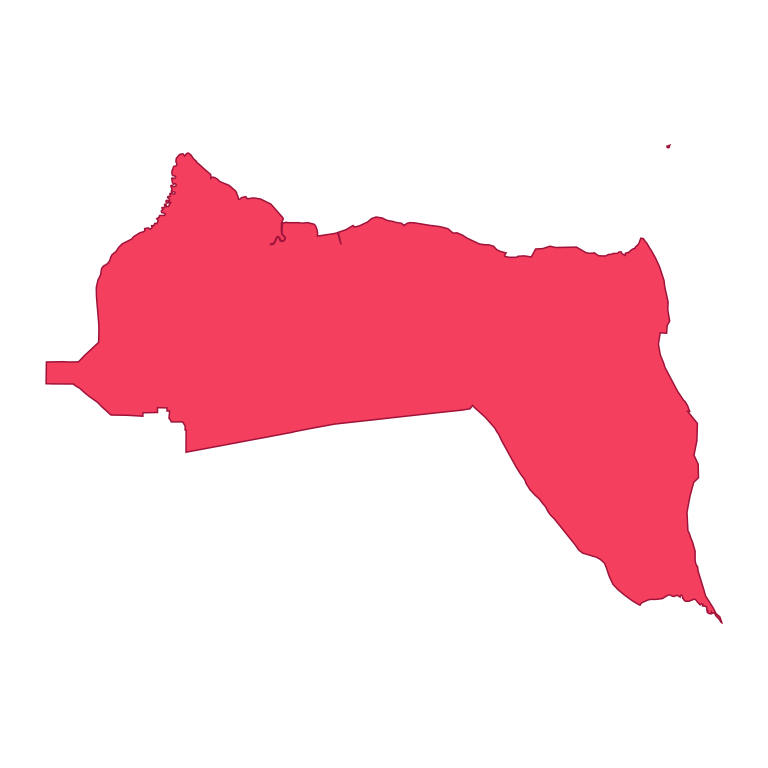 Tanjung Jabung Timur, Jambi, Indonesia
{"feature_id": "22746128B13468366985120", "entity_name": "Tanjung Jabung Timur", "entity_type": "district", "adm_level": 2, "iso_a3": "IDN", "parent_name": "Indonesia", "parent_adm1": "Jambi", "projection": "orthographic", "projection_center": [103.834, -1.266], "detail": "fine", "context": "isolated", "style": "filled", "palette": "rose", "viewbox_px": 768, "rotation_deg": 0, "n_neighbors": 0, "source": "geoboundaries", "source_scale": "gbopen_adm2", "svg_char_len": 6097}
<svg xmlns="http://www.w3.org/2000/svg" viewBox="0 0 768 768"><path d="M721.9,622.8L719.8,616.8L716.1,613.7L713.1,607.8L705.5,595.8L703.6,589.0L698.2,571.4L697.5,566.5L697.1,566.5L695.8,563.8L695.1,560.4L695.1,551.2L692.8,542.9L690.7,537.6L689.4,533.6L687.9,530.5L687.0,512.3L689.9,496.6L693.7,482.4L698.5,477.7L698.2,464.3L694.0,455.2L696.9,440.7L697.4,423.4L687.6,411.3L689.7,411.4L687.6,405.8L685.3,401.8L683.6,400.3L677.5,391.1L665.0,367.5L663.7,363.2L660.3,354.9L658.4,344.1L660.2,332.8L666.6,333.2L667.2,325.5L669.7,321.1L667.8,310.0L668.1,302.0L664.8,287.1L664.0,280.4L659.5,266.7L655.3,257.6L651.1,250.1L649.6,248.0L647.0,243.4L644.6,240.6L643.5,238.7L640.8,238.2L638.8,243.7L636.2,246.4L635.2,247.2L634.9,248.5L633.4,248.7L631.4,249.9L628.0,252.9L627.2,252.6L625.3,253.3L625.3,255.5L625.6,255.9L622.1,253.7L621.0,251.8L619.0,252.0L617.2,253.4L613.3,253.4L611.3,254.3L608.4,254.5L605.4,256.0L598.6,255.8L594.3,252.8L594.2,253.0L589.2,253.3L585.9,252.6L576.5,247.1L555.5,247.5L550.1,246.2L542.8,248.6L535.6,249.0L531.2,257.1L529.2,256.6L525.9,256.1L523.5,255.9L517.9,256.3L516.6,257.3L508.7,257.3L504.8,256.2L504.7,255.5L504.5,255.2L506.1,253.0L500.4,251.4L496.9,249.8L493.5,246.2L488.3,244.7L486.6,244.8L482.2,244.5L482.2,244.3L479.8,244.1L465.9,237.6L466.0,237.4L462.2,235.0L456.9,232.8L453.1,233.1L447.9,228.7L442.3,227.2L438.3,226.4L429.4,225.3L414.4,222.8L409.8,222.6L406.7,223.5L405.5,224.5L404.4,224.9L404.1,225.5L401.6,223.3L395.1,222.2L392.5,221.3L389.3,220.9L386.3,220.1L382.3,218.0L376.0,217.0L371.5,218.6L367.6,222.0L359.7,225.7L354.9,227.1L353.0,225.5L346.0,229.7L338.3,232.3L341.1,244.5L337.6,232.7L334.0,233.6L317.4,236.1L317.6,232.7L316.7,228.7L315.6,225.9L314.3,224.4L313.6,224.1L307.6,222.6L304.0,223.0L301.4,223.1L298.9,222.7L287.3,222.7L286.9,222.7L286.6,222.3L285.7,222.3L284.9,222.8L283.8,222.8L283.3,223.0L282.9,222.8L282.5,223.1L282.0,229.0L282.0,233.5L282.1,234.2L284.9,236.9L285.4,237.8L285.1,239.3L284.1,240.7L282.1,241.6L280.1,240.7L278.7,237.3L277.7,237.1L276.7,238.0L275.2,242.0L273.6,244.1L270.6,244.5L271.0,243.7L273.1,243.6L274.9,241.7L275.7,239.2L276.8,237.2L277.5,236.4L278.6,236.8L280.0,238.1L280.3,239.8L281.6,240.9L282.9,240.8L284.4,239.9L284.8,238.4L284.8,237.2L281.7,234.3L281.4,231.5L281.3,228.6L281.6,225.1L281.3,223.8L283.3,218.7L282.5,217.3L270.9,204.1L260.5,199.0L253.7,197.9L247.3,198.8L245.8,196.6L241.6,197.6L239.5,199.3L238.5,199.1L237.8,195.9L236.7,194.1L236.7,192.9L235.6,191.0L229.2,185.4L220.1,181.7L217.9,179.7L217.7,179.3L214.9,177.6L212.6,177.1L210.8,178.3L210.9,176.1L210.6,174.4L204.6,169.3L198.5,163.7L197.4,163.1L196.1,161.0L193.6,158.9L190.9,154.9L188.2,153.0L186.5,153.7L184.8,156.0L182.9,153.8L179.7,154.4L176.3,158.3L175.9,161.7L176.9,164.1L177.0,165.0L176.6,165.6L173.9,166.4L173.4,167.0L172.9,168.8L172.1,170.5L171.8,172.9L172.4,175.1L172.9,175.6L174.6,176.0L175.3,176.3L175.7,176.9L175.6,177.4L175.0,178.0L174.1,178.5L172.7,178.0L172.0,178.0L171.7,178.3L172.3,182.1L173.4,184.3L174.9,183.6L175.3,183.7L175.7,184.0L176.1,184.9L176.1,185.6L175.6,186.2L174.7,186.5L173.3,186.5L172.1,185.4L171.1,185.4L170.8,186.0L171.9,189.0L171.4,191.1L171.4,191.7L172.0,192.2L173.2,191.7L174.2,191.9L174.8,192.2L175.0,192.8L175.0,193.4L174.5,193.9L173.9,194.2L173.2,194.1L172.1,193.4L171.3,193.3L170.5,193.3L169.9,193.6L169.8,194.3L170.3,195.0L170.1,196.4L168.4,196.4L167.6,197.0L167.6,197.5L167.9,197.9L168.6,198.1L169.4,199.6L169.4,200.0L168.9,200.8L168.4,200.8L167.0,200.3L166.3,200.4L165.9,201.2L166.1,202.2L167.2,203.1L168.0,203.1L169.1,202.1L169.8,202.1L170.8,202.5L170.5,203.0L169.8,203.6L169.1,205.4L168.6,206.1L168.2,206.6L166.6,206.5L166.0,204.4L165.4,204.1L164.9,204.2L164.4,204.6L165.1,206.0L164.8,207.4L162.5,207.5L162.0,207.6L161.9,208.0L163.0,209.0L163.2,209.5L162.9,209.8L161.6,210.5L161.3,211.3L161.6,212.5L161.9,212.7L163.4,212.8L164.5,213.4L165.4,214.1L165.1,214.8L164.4,215.5L163.1,215.3L160.9,215.6L160.1,215.3L159.2,216.1L159.3,217.0L156.7,218.8L157.8,219.9L158.1,220.8L156.9,223.7L156.0,223.3L154.6,223.5L153.9,225.7L151.6,225.7L152.0,227.7L150.3,229.2L148.3,227.9L144.6,228.6L144.9,230.6L143.6,231.7L140.0,232.7L133.8,236.6L132.8,237.5L132.0,238.9L122.1,243.9L118.7,247.4L116.1,251.4L112.1,254.6L110.8,257.0L109.9,260.1L108.6,262.3L107.6,263.5L105.8,264.8L104.1,265.6L103.1,266.5L101.7,268.4L101.4,269.5L100.7,274.3L99.5,277.1L98.1,279.6L96.4,286.8L96.3,289.0L96.5,297.4L98.7,323.0L98.9,327.8L98.9,331.8L98.6,342.4L84.5,355.5L78.6,361.7L77.0,361.9L68.4,362.0L63.3,361.7L46.4,362.0L46.1,383.7L52.2,383.9L73.5,384.0L73.5,384.3L76.1,386.2L79.6,388.2L85.4,393.4L89.7,396.8L97.5,402.3L102.1,407.0L110.9,415.0L127.5,415.3L142.9,416.2L142.9,412.8L157.5,412.5L157.5,407.7L167.0,407.9L167.0,411.0L169.6,410.9L169.0,418.4L170.1,419.4L171.3,421.9L182.6,421.9L185.1,425.8L185.1,430.0L186.1,430.0L186.0,452.2L293.2,432.1L293.2,431.9L310.7,428.5L334.6,424.1L438.5,412.6L463.2,410.0L467.6,409.1L470.0,408.8L472.5,405.4L473.8,406.9L485.4,417.4L494.9,428.2L496.7,431.5L498.8,434.6L501.8,441.0L516.1,467.0L520.7,474.3L523.3,477.7L525.0,480.3L526.1,483.5L530.0,489.7L534.7,494.8L539.5,499.2L543.0,503.9L545.4,506.5L547.9,511.4L550.6,515.2L554.4,519.0L575.3,545.0L578.7,550.0L582.6,553.1L596.4,557.2L600.2,559.3L604.2,562.9L605.0,564.3L606.5,568.2L609.1,576.0L612.9,584.2L618.0,589.7L624.8,595.3L632.5,600.9L638.9,604.7L640.1,605.1L640.9,603.7L641.9,602.7L647.9,600.0L650.5,599.4L655.9,599.4L662.4,598.6L667.6,595.4L668.9,594.9L670.3,595.0L672.2,596.2L673.8,596.5L674.7,596.3L675.5,595.4L676.0,595.7L677.4,595.4L680.1,597.1L680.2,596.0L681.2,595.1L681.8,595.4L682.6,596.6L682.7,598.4L683.3,598.8L684.5,600.7L686.1,601.3L689.1,601.2L694.0,599.2L695.4,599.4L697.6,602.2L699.9,604.6L700.2,604.8L700.5,604.4L701.8,604.0L702.3,604.1L702.8,604.3L702.9,604.9L702.5,605.9L706.1,606.5L706.8,608.1L706.9,610.5L708.0,610.8L707.7,611.5L707.2,612.0L708.1,613.0L709.6,613.7L710.9,613.8L711.5,612.3L711.8,613.6L713.8,612.8L714.9,613.6L715.6,615.5L719.6,619.7L720.5,621.5L721.6,622.7L721.9,622.8ZM666.9,146.3L667.2,147.4L667.4,147.6L668.7,147.7L669.2,147.4L669.2,146.5L669.8,145.2L666.9,146.3Z" fill="#f43f5e" stroke="#9f1239" stroke-width="1.5"/></svg>